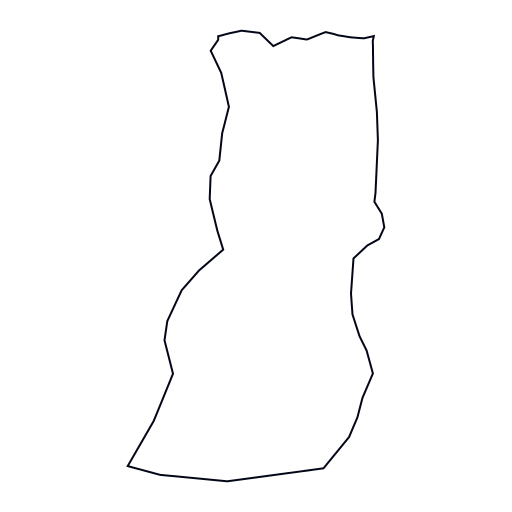 the district of Nitega, Southern Darfur, Sudan
{"feature_id": "16777658B78746843728772", "entity_name": "Nitega", "entity_type": "district", "adm_level": 2, "iso_a3": "SDN", "parent_name": "Sudan", "parent_adm1": "Southern Darfur", "projection": "robinson", "projection_center": [25.325, 12.6], "detail": "fine", "context": "isolated", "style": "outline", "palette": "ink", "viewbox_px": 512, "rotation_deg": 0, "n_neighbors": 0, "source": "geoboundaries", "source_scale": "gbopen_adm2", "svg_char_len": 1544}
<svg xmlns="http://www.w3.org/2000/svg" viewBox="0 0 512 512"><path d="M212.8,212.0L217.4,230.9L223.2,249.6L199.1,270.4L181.7,290.2L167.3,321.1L164.5,340.3L173.0,373.7L160.4,404.7L153.7,421.0L127.7,466.1L160.3,474.9L176.5,476.4L195.2,478.2L227.3,481.3L282.2,473.9L323.5,468.3L349.1,437.0L355.0,423.0L355.1,422.9L357.5,417.1L359.5,409.3L362.5,397.8L372.9,373.5L370.2,363.6L366.5,350.2L366.2,349.7L361.5,340.2L359.5,336.1L352.5,314.5L352.0,307.7L351.0,293.6L352.4,273.9L353.5,258.4L367.4,245.4L378.3,239.4L378.9,239.2L384.3,227.3L384.0,225.7L381.8,213.7L375.9,204.2L374.4,201.8L375.5,192.8L377.9,140.3L377.0,115.2L376.9,112.2L375.0,93.1L374.6,89.2L374.3,86.0L373.7,80.2L373.4,76.5L373.1,61.2L373.1,56.6L373.0,54.0L373.0,50.7L373.0,50.1L372.9,44.2L372.8,43.2L372.8,41.4L372.8,40.8L373.8,36.1L372.1,36.5L368.1,37.4L365.7,37.9L365.2,38.0L364.9,38.1L364.5,38.2L364.1,38.3L363.9,38.3L359.0,38.0L350.5,37.3L346.1,36.6L344.5,36.3L338.4,35.4L333.1,33.8L332.2,33.6L325.6,32.1L322.2,33.4L321.9,33.5L315.9,35.9L313.7,36.8L309.8,38.4L306.9,39.5L305.1,39.3L300.2,38.5L291.6,37.3L290.5,37.8L289.9,38.1L289.6,38.2L289.4,38.3L288.8,38.6L288.4,38.8L287.9,39.0L286.8,39.5L286.6,39.6L286.1,39.9L283.0,41.4L282.3,41.7L281.1,42.3L277.3,44.1L277.1,44.2L276.7,44.4L275.5,45.0L274.3,45.6L273.7,45.9L273.3,46.1L259.7,32.9L241.5,30.7L235.6,32.0L229.8,33.2L224.0,34.7L220.0,35.8L218.2,36.2L218.2,39.8L210.7,50.7L221.2,72.8L223.8,84.1L228.9,106.8L223.9,126.6L222.2,133.1L219.3,160.6L210.6,176.0L209.7,199.1L212.8,212.0Z" fill="none" stroke="#020617" stroke-width="2"/></svg>